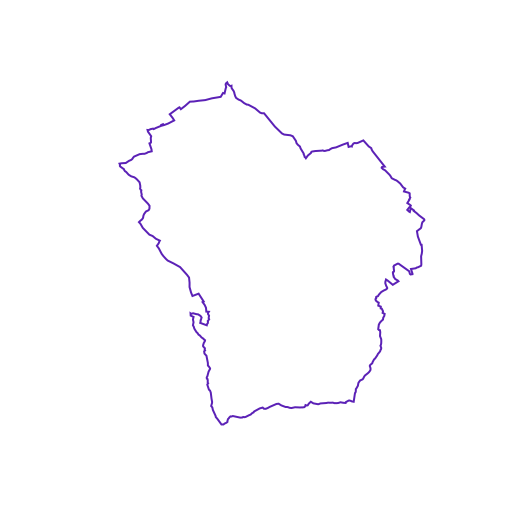 outline of Mesesenii De Jos, Salaj, Romania, rotated 36°
{"feature_id": "2599482B79196905607630", "entity_name": "Mesesenii De Jos", "entity_type": "district", "adm_level": 2, "iso_a3": "ROU", "parent_name": "Romania", "parent_adm1": "Salaj", "projection": "robinson", "projection_center": [22.986, 47.138], "detail": "fine", "context": "isolated", "style": "outline", "palette": "violet", "viewbox_px": 512, "rotation_deg": 36, "n_neighbors": 0, "source": "geoboundaries", "source_scale": "gbopen_adm2", "svg_char_len": 6130}
<svg xmlns="http://www.w3.org/2000/svg" viewBox="0 0 512 512"><g transform="rotate(36 256 256)"><path d="M355.8,370.0L359.5,363.7L361.1,362.2L364.2,362.0L368.6,360.8L370.4,359.6L372.3,359.1L374.0,358.2L376.5,355.4L380.3,352.9L382.8,351.0L384.0,349.8L384.1,348.6L383.7,347.5L385.0,347.1L385.6,346.4L385.5,344.4L386.0,341.7L389.0,341.5L393.2,339.5L393.7,339.1L394.8,337.4L399.3,333.6L400.4,332.4L403.1,330.5L404.3,329.5L405.8,329.0L407.7,327.7L409.0,326.5L410.3,324.7L412.8,323.5L414.9,322.2L414.6,321.3L415.9,318.6L416.3,318.1L417.8,317.5L419.0,317.3L420.7,316.5L416.9,309.2L416.6,308.4L416.7,307.9L416.2,306.7L415.0,305.0L415.0,303.8L414.7,301.1L413.5,298.6L413.4,297.8L413.4,295.5L414.7,293.2L414.8,292.3L414.4,289.9L414.4,288.6L415.4,285.1L415.7,283.4L415.7,282.0L415.6,281.0L415.2,280.3L414.5,279.4L412.7,278.1L412.5,277.6L412.5,276.7L413.1,274.5L412.7,273.3L412.3,270.3L412.6,268.9L412.5,265.2L412.2,263.6L412.4,261.4L412.4,260.1L412.0,258.9L411.9,257.8L411.4,256.8L409.4,255.4L409.3,254.6L408.6,253.0L407.3,251.1L406.2,249.7L403.4,247.9L401.3,244.6L399.9,243.2L399.0,243.6L397.9,243.4L395.7,239.3L395.4,237.0L395.7,234.6L396.1,232.8L395.2,231.1L395.0,229.1L394.1,227.2L391.9,227.6L391.2,226.0L388.7,224.7L387.7,225.1L387.2,224.5L386.7,223.6L384.1,224.3L382.7,221.6L381.2,221.8L379.1,221.6L378.0,220.7L378.1,219.6L377.3,218.7L377.5,217.9L378.0,217.3L378.3,216.7L378.1,215.2L378.5,211.5L379.7,208.7L380.8,206.8L381.2,205.2L380.7,204.5L379.0,203.7L376.7,202.1L375.9,201.0L375.0,198.6L377.2,198.5L383.6,198.9L386.1,192.7L385.2,192.5L382.2,192.8L379.5,191.9L379.3,191.3L378.3,190.8L376.5,189.0L376.3,188.4L376.7,187.9L376.7,187.4L376.3,186.7L375.0,185.4L374.1,184.2L374.0,184.3L373.5,183.9L373.5,183.7L373.3,182.6L375.1,178.9L375.9,178.4L388.9,178.3L391.0,180.0L391.9,180.1L393.3,178.7L393.2,178.5L389.0,175.4L392.4,172.1L393.0,170.6L393.7,169.9L395.3,166.8L394.7,165.6L389.7,159.1L388.8,156.8L387.4,154.2L383.4,149.6L382.8,150.0L377.3,146.3L375.5,145.1L371.6,141.3L373.0,136.6L372.7,135.4L371.3,132.5L370.8,131.1L370.8,130.3L371.1,129.4L371.1,127.9L370.3,127.4L364.2,127.3L360.7,126.9L357.1,126.8L357.0,126.3L353.6,126.3L353.3,126.3L353.6,127.6L354.6,130.0L353.8,130.1L351.3,129.8L351.4,126.5L351.8,125.5L351.6,124.2L351.0,124.1L347.3,124.2L347.0,120.2L346.7,120.2L346.5,118.1L346.1,118.0L345.1,117.1L343.5,115.0L342.3,115.1L337.8,116.8L337.2,114.6L337.1,113.8L334.7,114.0L330.1,112.6L326.2,112.3L324.8,112.4L323.8,112.7L320.1,113.3L317.9,112.3L316.3,111.8L310.1,110.8L307.7,111.1L305.8,110.8L305.6,110.1L306.2,109.3L307.6,108.0L288.8,102.7L287.2,102.0L285.8,101.0L282.8,101.1L274.9,99.4L271.8,104.8L270.8,105.8L269.3,106.7L268.8,107.6L268.7,108.5L268.8,110.3L268.8,110.8L269.1,111.1L268.1,111.7L266.8,113.3L263.7,110.6L260.8,114.8L256.9,121.1L254.2,124.0L253.3,125.8L252.8,127.4L251.7,128.4L250.0,130.5L249.3,131.0L247.9,131.4L247.4,132.0L242.2,136.3L239.9,138.6L239.6,139.5L239.9,140.4L238.9,144.2L238.9,147.6L237.8,147.2L237.2,147.3L236.0,146.3L234.8,145.7L234.4,145.1L228.9,142.8L227.2,141.6L224.4,141.4L222.5,140.9L220.6,139.4L215.4,137.5L212.9,138.1L207.4,141.2L205.0,141.6L195.2,140.2L178.6,135.8L176.8,137.1L175.1,137.6L168.5,137.1L161.2,138.1L160.5,138.3L159.6,138.9L156.5,139.3L152.7,139.1L151.5,139.3L150.0,139.7L147.0,139.8L145.4,139.0L143.1,137.3L142.4,136.6L141.0,135.7L137.8,134.6L137.0,133.9L136.1,132.7L135.7,133.3L134.9,133.7L131.9,133.4L131.4,132.8L131.0,132.8L130.6,132.5L130.3,133.7L130.4,134.7L130.7,135.2L132.7,137.0L132.9,138.0L135.0,143.0L133.5,143.5L133.9,148.0L127.6,154.4L123.3,159.7L118.5,164.0L114.8,167.6L111.8,170.0L110.4,176.3L108.9,181.4L106.7,180.7L106.3,181.4L102.9,192.0L107.7,193.4L110.1,194.4L107.0,200.6L104.8,203.9L104.0,204.9L103.9,204.3L103.3,204.0L102.4,205.5L102.2,206.0L102.6,206.7L99.5,211.7L99.2,212.5L98.6,213.5L97.9,213.4L96.0,215.5L95.7,216.3L94.9,217.4L94.2,217.8L95.5,218.9L100.8,220.7L101.5,222.4L103.6,224.9L104.3,225.9L104.3,226.3L103.6,227.5L108.7,231.1L110.1,232.6L107.6,235.5L107.0,237.0L105.7,238.9L104.3,239.9L102.0,242.0L98.9,247.3L98.8,248.8L98.9,250.3L98.5,251.7L97.3,253.7L96.0,257.3L92.6,260.1L91.3,261.5L92.2,262.0L93.0,263.2L93.5,263.4L98.2,263.4L98.8,263.9L100.2,264.4L101.5,264.3L105.2,265.1L108.2,264.9L111.1,263.9L112.4,263.8L114.6,264.0L118.5,264.8L121.0,267.1L122.1,268.5L122.6,269.6L123.5,270.1L124.6,270.2L125.3,271.6L127.4,273.4L127.9,274.6L130.6,275.9L138.0,277.2L140.4,278.0L142.0,280.4L142.2,282.1L140.8,284.7L140.8,287.8L141.2,289.5L142.1,291.3L142.3,292.1L142.2,293.9L141.8,295.0L141.4,297.4L143.7,297.9L147.9,299.8L157.2,301.4L160.6,300.6L164.9,300.9L169.2,300.1L169.3,301.1L169.8,303.0L169.8,306.0L173.0,307.0L178.4,309.7L181.4,310.6L184.8,311.3L187.2,311.6L193.6,310.5L201.1,309.6L211.3,311.8L214.5,312.8L217.9,316.6L220.5,320.2L224.9,323.7L228.1,325.7L231.7,320.2L240.5,323.6L239.9,324.7L243.3,325.8L246.0,327.3L248.5,330.2L250.6,328.9L250.7,330.3L251.2,331.1L253.1,331.9L254.2,334.1L255.3,334.7L255.2,337.0L255.8,337.4L256.5,338.7L256.4,339.8L256.9,341.0L250.2,342.9L250.0,342.2L248.9,340.4L249.0,340.1L248.1,337.7L246.3,337.1L243.6,337.2L241.7,338.2L238.8,339.3L237.5,340.9L236.8,340.9L238.2,342.6L241.3,342.0L242.3,344.4L244.4,346.3L245.7,349.1L247.4,349.9L248.2,350.6L249.2,351.2L252.7,352.6L254.0,352.7L255.7,353.4L257.3,353.3L259.8,353.9L262.2,353.8L262.6,354.1L264.3,354.1L264.7,355.0L264.9,357.1L265.7,359.4L266.4,360.2L268.9,360.7L269.6,362.0L270.3,362.3L270.1,363.6L271.4,365.0L271.9,365.3L274.5,365.8L279.9,370.8L281.5,372.9L282.8,373.1L284.9,373.9L285.2,374.4L285.6,377.4L287.3,381.8L287.5,383.2L288.3,384.1L289.0,384.0L290.0,384.9L291.5,387.0L292.1,387.1L292.2,388.7L296.5,391.8L297.9,391.9L299.7,393.1L303.9,397.6L306.2,399.8L306.8,400.7L307.9,403.7L309.7,404.2L311.6,405.9L317.3,409.1L318.1,409.9L320.3,410.4L327.1,412.6L328.7,411.4L329.1,410.0L330.1,408.2L330.4,407.0L329.8,406.1L329.2,404.4L329.4,403.3L329.3,402.5L329.6,400.8L330.5,400.3L331.3,399.1L338.3,396.0L339.4,395.1L340.0,394.5L340.2,393.8L341.4,393.2L342.2,392.3L344.0,388.8L344.9,387.4L345.2,385.5L346.0,383.9L345.8,383.3L346.0,382.6L348.6,377.1L350.5,374.7L352.2,374.9L353.7,373.9L354.9,372.0L355.8,370.0Z" fill="none" stroke="#5b21b6" stroke-width="2"/></g></svg>